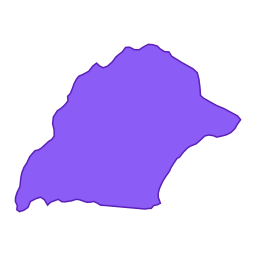 Paiçandu, Paraná, Brazil
{"feature_id": "56859067B32899743877918", "entity_name": "Paiçandu", "entity_type": "district", "adm_level": 2, "iso_a3": "BRA", "parent_name": "Brazil", "parent_adm1": "Paraná", "projection": "equal_earth", "projection_center": [-52.127, -23.462], "detail": "fine", "context": "isolated", "style": "filled", "palette": "violet", "viewbox_px": 256, "rotation_deg": 0, "n_neighbors": 0, "source": "geoboundaries", "source_scale": "gbopen_adm2", "svg_char_len": 1504}
<svg xmlns="http://www.w3.org/2000/svg" viewBox="0 0 256 256"><path d="M144.8,209.0L148.3,208.5L151.2,208.4L153.9,205.4L157.1,204.9L160.4,203.2L158.3,197.4L158.2,193.3L159.4,188.6L161.6,183.6L163.2,180.4L166.0,176.1L169.4,171.3L170.9,167.7L173.3,163.9L176.8,158.7L179.6,157.0L183.5,152.0L187.8,147.7L190.7,146.0L196.2,143.8L200.5,140.0L204.7,136.0L208.7,135.0L213.0,135.6L216.7,137.1L220.7,136.3L226.4,134.8L231.0,132.4L234.8,128.8L237.4,124.2L240.6,119.7L237.5,115.9L223.8,108.5L220.9,107.3L217.4,105.9L213.8,104.0L203.5,98.2L200.5,95.4L200.0,87.9L198.9,79.2L197.3,72.8L193.0,68.8L181.2,62.2L171.6,56.2L168.9,51.9L164.7,51.7L160.4,49.1L157.2,46.0L152.2,44.6L148.2,44.4L143.0,47.2L139.3,49.7L134.5,49.7L129.6,47.2L125.6,47.4L122.3,51.9L119.1,54.3L116.0,56.9L112.4,61.8L107.5,66.2L103.2,67.7L100.0,66.3L96.5,63.1L92.7,66.2L88.7,71.3L82.8,74.5L78.8,76.2L76.5,79.1L74.1,83.6L72.2,89.0L70.1,93.9L67.6,96.3L68.0,101.0L64.6,105.1L61.1,108.3L57.4,110.7L53.4,116.9L52.6,123.6L54.1,129.8L54.2,136.1L51.5,139.7L48.8,141.3L44.9,144.9L41.2,148.2L38.4,149.9L35.0,150.7L32.6,153.3L29.8,156.6L27.0,162.6L23.9,167.5L21.9,172.7L20.9,177.4L19.9,186.7L17.1,192.4L15.5,197.6L15.4,201.5L17.3,205.6L16.8,209.7L19.4,211.6L23.7,210.3L27.9,207.5L30.4,201.5L36.1,198.6L40.6,197.2L44.4,199.7L47.6,205.1L50.5,202.2L58.3,199.3L61.8,201.7L65.3,201.8L71.6,200.8L76.2,199.3L79.4,199.7L83.8,201.3L87.1,202.3L90.5,202.1L93.7,201.5L97.1,203.0L100.6,205.2L104.3,205.4L144.8,209.0Z" fill="#8b5cf6" stroke="#5b21b6" stroke-width="1.5"/></svg>